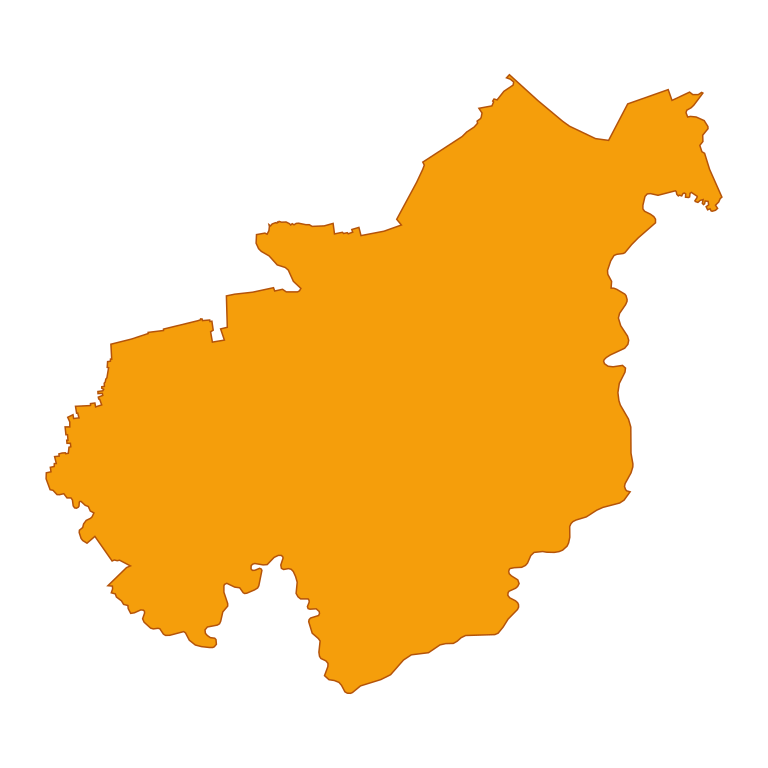 My Xuyen, Sóc Trăng, Vietnam (Albers equal-area conic projection)
{"feature_id": "81297802B12004492777163", "entity_name": "My Xuyen", "entity_type": "district", "adm_level": 2, "iso_a3": "VNM", "parent_name": "Vietnam", "parent_adm1": "Sóc Trăng", "projection": "albers", "projection_center": [105.88, 9.468], "detail": "fine", "context": "isolated", "style": "filled", "palette": "amber", "viewbox_px": 768, "rotation_deg": 0, "n_neighbors": 0, "source": "geoboundaries", "source_scale": "gbopen_adm2", "svg_char_len": 6045}
<svg xmlns="http://www.w3.org/2000/svg" viewBox="0 0 768 768"><path d="M256.5,234.6L256.1,243.2L258.6,248.7L261.3,251.4L269.1,255.9L277.2,264.9L285.3,267.5L288.3,270.1L293.4,281.4L300.9,288.4L299.5,290.8L297.6,291.9L286.3,291.9L282.5,289.3L274.7,291.0L273.5,287.7L252.6,292.2L234.6,294.2L226.4,295.9L227.3,327.3L220.6,328.9L224.4,340.1L212.4,342.1L210.6,331.8L213.2,330.2L211.9,321.2L209.9,321.5L209.7,320.0L202.5,320.6L202.1,319.0L200.6,318.9L200.5,319.8L197.9,320.7L163.5,329.1L163.5,330.5L148.1,332.4L148.2,333.5L131.3,339.1L110.9,344.2L111.7,359.2L110.5,359.1L110.4,361.2L107.6,361.6L107.2,367.4L108.6,367.7L106.9,377.8L105.8,379.1L105.2,382.1L104.2,383.2L104.4,386.4L101.8,386.7L101.7,388.2L103.7,389.3L102.8,390.8L97.9,391.5L98.0,393.6L102.4,393.4L102.8,395.4L98.3,397.1L98.7,399.0L99.7,399.4L101.7,404.9L95.6,406.9L94.9,403.0L90.5,403.6L90.5,405.4L89.8,405.6L75.5,406.3L76.6,413.2L77.7,413.1L79.0,417.9L73.6,418.5L73.0,414.7L67.7,417.3L69.8,422.0L69.8,426.9L65.1,426.9L65.9,434.7L67.5,434.7L68.0,440.2L66.7,440.2L67.0,443.3L70.4,443.3L70.8,446.8L69.0,447.2L68.3,453.3L65.7,453.7L65.3,452.8L62.1,453.0L58.9,453.9L59.2,456.1L54.6,456.6L56.3,463.5L54.3,463.6L54.2,466.5L50.3,467.3L51.0,471.8L46.3,472.8L46.1,478.8L50.1,489.7L53.0,490.3L57.0,494.6L59.5,494.7L63.8,493.7L67.0,497.9L70.9,497.9L72.4,499.9L73.2,505.9L74.6,507.9L76.5,508.2L78.3,507.2L79.0,506.1L79.3,502.2L79.8,501.5L81.0,501.4L85.2,505.3L88.3,506.5L90.3,511.0L93.9,512.9L92.1,516.8L90.5,518.3L86.2,520.4L83.6,523.9L82.7,527.5L79.4,530.2L79.2,532.6L81.1,538.5L82.8,540.6L87.0,543.2L94.9,536.4L112.1,561.0L114.3,560.0L117.2,560.7L119.6,560.2L130.4,565.9L126.5,567.6L107.9,585.7L112.4,586.1L112.6,588.9L111.3,592.8L115.3,593.9L116.4,597.0L121.5,600.9L123.6,604.4L127.9,605.5L128.2,608.6L130.7,613.4L134.4,612.8L140.8,609.9L143.5,610.2L144.4,611.2L144.6,613.0L142.6,618.8L144.1,622.2L150.6,628.1L153.3,628.9L158.0,628.3L159.8,628.7L163.4,634.1L165.5,635.4L169.7,635.3L183.7,631.6L185.5,632.9L189.3,640.2L195.3,645.0L201.4,646.6L209.4,647.5L212.7,647.5L214.3,646.8L216.4,644.3L216.0,639.6L214.7,638.2L210.3,637.6L207.3,635.5L205.4,633.3L205.0,629.9L207.4,627.0L217.3,625.1L219.5,623.8L220.7,621.2L222.8,611.9L227.7,606.1L227.7,603.6L223.9,592.2L223.9,585.8L224.5,584.4L226.8,583.3L234.7,587.1L239.7,587.8L243.2,592.7L244.6,593.5L246.8,593.2L254.5,589.9L257.6,588.0L258.8,585.8L261.9,570.4L261.2,569.0L259.6,568.3L254.9,570.3L252.4,570.4L251.0,568.8L251.2,565.5L252.8,564.1L254.8,563.5L263.2,564.9L267.2,564.6L274.1,557.4L278.3,555.4L281.3,555.4L282.7,556.7L283.1,558.0L280.8,565.0L281.4,568.3L283.6,569.5L288.5,568.6L291.2,569.3L293.3,571.5L295.6,576.6L297.2,582.2L296.1,593.4L298.0,596.8L300.6,598.9L308.1,598.9L309.1,600.4L309.2,602.1L307.4,606.6L308.1,608.6L309.9,609.2L316.2,608.8L319.2,611.5L319.5,613.6L318.6,615.5L310.6,618.0L309.1,619.6L308.7,621.7L312.2,633.2L318.3,638.5L320.1,641.0L318.9,652.2L319.5,656.3L320.9,658.5L325.8,660.8L328.0,663.4L327.9,666.5L324.5,675.7L329.0,679.7L334.3,680.5L339.0,682.4L341.5,685.3L344.9,691.8L347.3,693.2L350.6,693.3L352.5,692.5L360.5,685.9L380.8,679.6L390.6,674.7L403.5,660.0L411.4,654.8L428.5,652.7L440.0,644.9L445.7,643.6L453.4,643.4L457.2,641.2L461.1,637.7L465.6,635.5L494.8,634.6L498.1,633.2L503.1,627.1L508.1,619.1L517.5,609.5L518.6,607.1L518.5,604.6L517.6,602.7L515.5,600.8L509.7,597.8L507.8,595.3L508.1,592.6L509.1,591.2L515.7,588.2L517.6,586.5L519.1,583.6L517.8,579.9L511.3,575.8L509.2,573.7L508.7,571.3L509.4,569.2L510.2,568.5L514.2,567.7L521.7,567.3L525.5,565.4L527.5,563.1L530.8,555.5L534.1,552.4L542.7,551.5L546.6,552.2L554.3,552.4L559.1,551.6L562.7,550.1L567.1,546.1L568.6,542.9L569.8,537.3L569.7,526.5L571.0,523.6L572.9,521.6L576.1,520.0L586.3,516.9L596.7,510.2L602.9,507.4L619.7,503.0L624.1,500.1L630.1,491.8L626.8,490.9L625.6,489.6L624.5,486.5L625.1,483.6L631.0,472.9L632.8,467.0L632.9,463.9L631.0,453.2L630.8,427.1L628.5,419.1L620.3,405.0L618.9,400.6L617.9,392.6L619.3,383.4L625.0,372.1L625.5,368.1L622.5,365.4L613.1,366.8L608.0,366.2L604.5,363.7L603.6,361.2L604.2,359.6L606.3,357.5L610.4,354.9L624.7,348.2L627.9,344.3L628.7,340.3L627.5,336.1L620.7,325.7L618.4,318.0L619.6,313.3L625.6,304.6L627.0,301.4L627.1,299.5L626.0,295.6L624.8,294.1L616.7,289.3L613.8,288.2L611.1,288.1L611.6,281.4L607.8,274.3L607.5,270.4L610.7,260.9L614.0,255.5L616.8,254.3L623.2,253.5L624.9,252.7L631.6,244.6L638.3,237.8L655.5,222.8L655.5,219.2L653.9,216.7L650.5,214.2L644.6,211.3L642.9,208.9L642.9,205.3L645.0,196.4L647.3,193.9L650.5,193.6L658.0,195.3L675.4,190.8L676.2,191.6L676.8,194.3L678.3,195.9L679.3,195.2L681.7,195.9L683.0,193.5L684.3,193.0L685.7,193.9L685.5,197.2L688.6,197.5L689.6,196.9L690.0,193.3L691.4,192.4L697.2,196.3L697.0,197.6L694.9,200.8L695.3,201.5L697.9,202.4L700.2,200.4L703.1,199.6L702.3,203.3L703.5,204.6L704.6,203.8L705.2,201.0L708.2,201.4L708.6,204.9L706.1,206.7L707.6,209.8L710.0,208.8L711.2,211.0L712.4,211.2L715.5,210.3L717.6,208.4L715.5,205.2L718.7,202.0L720.2,198.6L721.9,197.1L709.6,169.4L704.6,153.3L701.9,151.7L699.8,145.4L702.9,141.5L702.7,135.2L708.0,128.7L707.9,126.5L704.2,120.6L696.2,117.0L690.4,116.4L687.7,117.0L686.0,112.7L686.8,110.2L691.2,107.7L693.8,105.2L702.9,93.1L701.6,92.4L698.3,94.6L692.8,94.6L689.6,92.1L672.0,100.4L668.2,89.6L627.7,103.9L608.6,140.4L595.5,138.6L569.5,126.2L562.7,121.3L537.9,100.6L509.4,74.7L506.5,77.8L510.3,79.2L513.7,82.0L513.1,85.1L503.9,91.3L497.1,99.9L494.0,99.0L492.7,101.1L493.6,102.0L491.9,105.9L478.9,108.3L482.0,113.0L481.2,117.3L480.5,118.6L477.1,121.1L477.6,123.2L474.1,127.1L466.8,131.9L462.2,136.5L422.8,162.1L424.3,165.1L422.7,169.4L416.7,182.2L396.7,219.3L401.4,225.0L384.0,231.2L361.0,235.6L358.9,227.4L351.8,229.5L352.7,232.2L348.2,233.8L347.3,232.7L343.6,233.5L342.4,232.3L334.5,233.9L333.1,223.4L324.2,225.9L312.1,226.4L309.3,224.7L305.9,224.7L298.6,223.2L296.2,223.4L294.0,224.8L292.2,223.7L290.7,225.0L289.5,223.7L286.1,222.0L281.5,222.2L279.1,221.4L278.3,222.3L277.5,222.0L276.9,223.1L275.5,222.7L272.1,224.0L270.6,225.9L269.0,224.7L269.4,226.5L268.9,230.7L267.1,234.2L264.9,233.1L256.5,234.6Z" fill="#f59e0b" stroke="#b45309" stroke-width="1.5"/></svg>